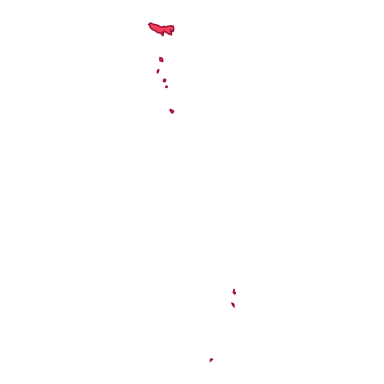 outline of Tokyo
{"feature_id": "JPN-1860", "entity_name": "Tokyo", "entity_type": "Metropolis", "adm_level": 1, "iso_a3": "JPN", "parent_name": "Japan", "parent_adm1": "", "projection": "mercator", "projection_center": [140.896, 30.045], "detail": "fine", "context": "isolated", "style": "filled", "palette": "rose", "viewbox_px": 384, "rotation_deg": 0, "n_neighbors": 0, "source": "natural_earth", "source_scale": "10m", "svg_char_len": 2682}
<svg xmlns="http://www.w3.org/2000/svg" viewBox="0 0 384 384"><path d="M173.3,31.0L172.9,30.8L172.7,31.1L172.6,31.5L172.2,31.3L172.1,30.8L171.8,30.8L171.6,31.4L171.3,31.9L170.9,31.4L171.0,30.7L170.7,30.3L170.5,31.0L170.8,32.0L171.2,32.6L171.2,33.0L171.6,33.9L171.3,34.3L171.3,34.8L171.2,34.8L168.9,34.0L168.2,33.4L167.8,33.2L164.8,31.6L164.5,31.6L164.1,31.6L163.8,31.8L163.7,31.9L163.6,32.1L163.5,32.3L163.2,32.3L162.8,32.0L162.6,32.1L162.5,32.3L162.7,32.5L163.4,33.1L163.5,33.3L163.5,33.5L163.4,33.6L163.1,33.6L163.0,33.9L163.1,35.0L163.1,35.3L163.0,35.5L162.9,35.6L162.7,35.4L161.8,34.3L161.6,33.9L161.1,33.4L160.6,33.1L159.6,32.9L158.5,32.8L157.7,32.6L157.1,32.3L156.0,31.2L155.5,31.0L154.6,30.4L153.9,30.3L151.7,28.9L150.5,27.7L150.2,27.3L150.0,26.8L149.3,25.0L148.7,24.4L149.5,23.7L150.6,23.1L150.8,23.0L151.1,23.1L151.9,23.7L152.3,23.9L157.8,25.3L158.3,25.5L160.8,27.0L161.5,27.1L162.1,27.1L162.5,27.0L162.9,26.8L163.6,26.4L164.0,26.3L164.4,26.4L164.5,26.6L164.5,26.9L164.7,27.1L166.5,26.9L166.8,26.6L167.1,26.4L167.5,26.3L169.1,26.4L169.4,26.3L169.5,26.3L169.8,26.0L170.0,25.9L170.5,25.7L171.7,25.9L173.3,26.3L173.8,28.9L173.7,29.6L173.6,30.1L173.3,31.0ZM161.6,58.2L162.1,58.4L162.5,58.9L162.6,59.5L162.7,60.2L162.7,61.0L162.6,61.4L162.3,61.5L161.7,61.4L160.1,60.7L159.9,60.1L159.9,58.6L160.0,57.6L161.2,57.9L161.6,58.2ZM171.4,109.9L171.9,110.3L172.6,110.5L173.2,110.8L173.6,111.4L173.4,111.8L172.8,112.7L172.5,112.9L172.1,112.9L171.7,112.7L171.3,112.3L171.0,111.6L170.1,110.4L170.0,110.0L170.3,109.6L170.8,109.5L171.4,109.9ZM163.4,80.9L163.6,79.9L164.4,79.3L165.2,79.3L165.7,80.0L165.4,81.0L164.7,81.7L163.9,81.7L163.4,80.9ZM234.0,305.4L233.7,305.4L233.6,305.6L233.6,305.9L233.7,306.2L233.2,305.8L232.6,304.9L231.9,303.2L232.1,303.2L232.4,303.4L232.5,303.6L232.7,303.8L233.0,303.8L233.3,303.8L233.3,304.0L233.0,304.2L233.1,304.4L233.3,304.6L233.7,304.6L233.7,304.8L233.6,305.0L233.9,305.0L234.0,305.4ZM157.8,70.4L158.0,70.1L158.3,69.8L158.6,69.7L158.6,70.2L158.5,71.2L158.1,72.2L157.7,72.7L157.3,72.1L157.4,71.7L157.6,70.6L157.8,70.4ZM212.2,359.2L212.4,359.5L212.2,359.6L211.8,359.7L211.5,359.7L211.3,360.1L210.8,360.7L210.5,361.0L210.5,360.0L210.5,359.6L210.7,359.3L211.0,359.1L211.5,359.0L212.0,359.1L212.2,359.2ZM234.0,292.4L234.4,292.2L234.8,292.2L235.1,292.3L235.3,292.6L235.1,293.6L234.7,293.9L234.2,293.5L233.7,292.8L234.6,293.2L234.5,292.9L234.4,292.7L234.2,292.5L234.0,292.4ZM167.0,86.4L167.2,86.9L167.1,87.1L167.0,87.4L166.6,87.5L166.2,87.4L165.9,87.2L165.9,86.6L166.2,86.1L166.6,86.1L166.9,86.3L167.0,86.4ZM233.9,290.8L233.8,290.4L233.8,289.9L234.0,289.6L234.3,289.9L234.3,290.3L234.1,290.6L233.9,290.8Z" fill="#f43f5e" stroke="#9f1239" stroke-width="1.5"/></svg>